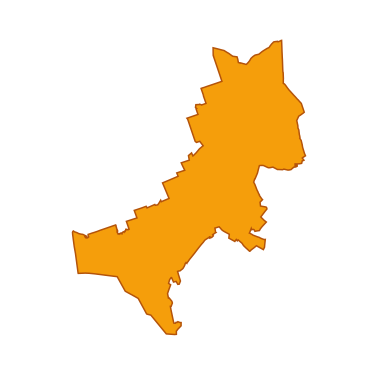 the district of Skrudalienas pag., Daugavpils, Latvia, rotated 71°
{"feature_id": "27541924B90123945749328", "entity_name": "Skrudalienas pag.", "entity_type": "district", "adm_level": 2, "iso_a3": "LVA", "parent_name": "Latvia", "parent_adm1": "Daugavpils", "projection": "orthographic", "projection_center": [26.749, 55.754], "detail": "fine", "context": "isolated", "style": "filled", "palette": "amber", "viewbox_px": 384, "rotation_deg": 71, "n_neighbors": 0, "source": "geoboundaries", "source_scale": "gbopen_adm2", "svg_char_len": 5741}
<svg xmlns="http://www.w3.org/2000/svg" viewBox="0 0 384 384"><g transform="rotate(71 192 192)"><path d="M77.8,57.9L77.7,58.4L77.9,59.0L78.0,61.8L77.2,62.4L77.3,62.8L77.2,63.4L77.0,63.9L76.9,64.4L76.7,65.7L76.8,66.2L77.4,67.3L78.0,68.6L79.1,70.2L79.6,71.0L80.0,71.4L80.3,71.9L80.5,72.3L80.7,74.3L81.6,78.2L81.9,79.4L82.2,80.4L83.1,82.8L83.5,83.9L83.1,87.8L83.7,90.0L84.0,90.8L84.9,92.8L86.6,94.7L87.6,96.3L87.9,96.8L88.9,98.8L89.0,99.3L88.0,100.7L87.9,100.8L87.3,101.8L85.7,104.1L85.8,104.4L85.7,104.4L84.7,106.0L81.3,105.5L78.9,105.4L76.9,109.3L74.1,111.3L72.9,112.1L71.1,113.7L70.2,114.4L68.7,115.6L67.0,118.2L64.4,122.1L62.5,125.1L69.5,127.4L70.4,127.4L70.4,127.5L89.4,127.6L97.1,127.7L97.1,134.6L97.0,149.7L103.8,149.7L104.4,149.8L104.9,149.9L112.8,149.9L112.8,154.7L112.6,154.8L112.3,155.1L112.0,155.5L111.5,156.2L111.7,156.4L110.7,159.9L113.2,161.2L114.6,160.4L114.8,161.1L120.6,161.1L120.6,172.8L121.8,172.4L124.2,172.4L141.3,172.5L145.2,172.5L146.6,171.6L146.6,168.2L151.9,166.4L153.6,170.9L156.3,175.3L157.7,178.2L158.2,179.4L154.9,179.7L156.4,183.5L158.4,183.8L161.0,184.2L160.9,192.7L164.2,192.4L169.1,191.8L169.0,200.2L172.6,200.0L172.7,201.1L173.3,209.4L173.8,216.9L180.9,216.4L190.6,215.8L191.2,224.2L189.6,224.3L191.7,226.8L193.0,228.6L192.9,228.8L192.8,230.0L192.6,231.0L191.7,231.2L192.4,239.7L190.6,240.0L190.7,245.1L190.6,252.6L198.6,252.5L198.4,263.6L206.6,263.6L206.5,264.3L206.9,264.9L206.2,265.7L205.8,266.3L205.7,266.7L206.7,267.1L206.7,267.5L206.8,267.7L207.4,267.9L207.6,268.2L207.3,268.6L207.9,269.2L207.3,269.5L207.4,270.5L208.0,271.3L208.8,271.8L208.6,272.1L208.1,272.3L207.7,272.1L207.6,272.4L207.7,273.1L208.3,274.0L208.1,274.1L207.7,274.2L207.6,274.4L207.8,275.5L206.7,275.7L206.0,275.7L205.5,275.6L205.3,275.9L204.7,275.5L204.6,275.0L204.2,275.2L203.6,275.0L203.3,275.4L202.7,275.1L201.8,275.1L200.9,275.0L199.9,275.1L199.5,274.8L198.3,274.9L198.3,278.7L198.3,279.5L198.3,291.4L198.4,294.1L198.4,297.3L198.3,300.2L198.3,304.0L198.5,304.0L199.0,304.3L199.5,304.4L200.8,304.3L201.3,305.4L201.3,306.1L200.9,307.2L200.2,307.6L198.9,307.8L198.7,307.5L198.9,307.3L199.0,307.1L199.3,306.9L199.4,306.6L199.5,306.5L199.7,306.4L199.9,306.5L200.1,306.5L200.1,306.3L200.0,306.2L199.8,306.1L199.0,306.5L198.5,307.1L197.0,308.5L196.8,308.7L196.2,309.6L196.0,310.1L195.5,311.0L194.3,312.8L193.8,313.2L193.2,313.8L192.1,315.1L191.4,316.1L190.8,316.5L190.3,316.7L190.4,317.4L191.2,318.1L193.4,318.7L195.9,319.2L197.3,319.5L205.2,321.1L212.2,322.2L231.6,326.1L231.9,326.1L234.1,318.8L234.3,318.4L235.4,315.6L237.8,310.4L240.7,304.5L241.2,303.5L242.1,301.7L247.7,290.3L264.1,287.4L272.7,279.6L275.1,277.5L284.1,276.0L290.7,274.9L292.5,274.6L292.9,274.2L295.0,271.0L317.8,262.5L321.1,254.8L321.5,253.1L318.5,252.1L317.1,250.0L315.0,245.9L311.9,244.8L311.4,246.0L310.0,247.6L310.5,248.7L310.0,249.4L310.7,250.5L310.0,251.9L294.7,250.0L294.7,249.9L293.1,249.7L293.3,248.9L290.6,246.7L288.8,246.6L284.7,248.1L284.6,248.8L280.1,248.2L277.2,246.0L272.8,242.4L270.8,243.9L267.6,241.7L266.1,239.6L266.3,239.2L271.1,238.8L271.4,236.1L274.7,235.5L275.0,234.1L272.4,231.9L266.1,231.7L262.4,231.5L262.4,230.0L262.6,229.2L262.6,228.7L262.2,227.7L262.0,227.4L261.8,226.5L261.6,225.9L261.3,225.4L261.0,225.0L260.4,224.3L259.3,223.1L258.5,222.4L257.4,221.7L257.1,221.0L256.8,220.6L257.8,220.1L257.2,219.6L256.5,218.4L255.0,216.4L250.7,209.5L249.6,207.9L247.2,204.3L244.8,200.5L244.1,199.3L243.2,197.7L242.0,196.0L241.7,195.5L241.3,194.2L240.8,192.1L240.8,191.9L240.7,191.4L240.6,190.9L241.2,190.5L241.5,190.2L241.3,190.0L241.2,189.8L241.2,189.5L240.1,189.8L240.1,189.6L241.2,189.4L241.3,189.0L241.4,188.3L240.8,186.9L240.4,186.1L239.1,186.4L238.9,185.9L239.0,185.5L238.7,184.9L238.5,184.4L238.1,182.5L237.7,182.8L235.0,182.3L233.6,182.1L233.7,178.2L233.7,177.7L236.2,176.6L236.7,176.5L237.2,176.3L238.5,175.5L240.0,174.3L244.1,170.5L247.6,172.2L252.7,167.6L251.3,165.6L252.9,165.1L252.7,164.8L252.3,164.0L256.4,161.6L256.7,161.4L259.5,160.7L262.1,159.4L263.9,158.4L266.7,156.9L266.8,156.7L266.7,156.6L266.7,156.2L266.6,155.9L266.1,155.1L264.7,150.9L263.8,148.6L269.7,143.3L267.8,141.4L265.5,140.4L260.8,138.2L260.8,138.5L260.4,139.0L260.4,139.3L259.8,140.0L259.5,140.5L259.1,140.9L258.3,141.8L258.1,142.0L257.9,142.3L257.5,142.6L257.1,142.9L256.3,143.8L256.1,144.2L255.7,144.7L252.5,148.5L251.6,149.1L249.5,151.1L249.4,150.9L245.7,147.8L247.1,147.8L247.2,146.4L247.8,145.6L249.7,145.3L249.9,143.6L250.4,140.8L249.1,139.4L248.4,138.3L247.5,136.9L244.6,131.5L242.1,133.1L238.0,135.1L237.0,133.6L234.1,129.3L232.5,126.7L231.4,126.5L230.4,126.8L229.5,128.3L227.6,131.8L223.8,131.0L222.2,127.8L221.1,128.3L217.2,129.4L216.8,129.2L214.4,129.6L213.3,129.6L211.2,129.9L205.3,130.1L202.8,130.5L200.1,128.5L200.2,128.2L195.5,124.0L193.5,122.7L193.0,122.4L189.0,119.7L189.1,119.1L189.3,118.3L189.9,116.5L190.1,116.1L190.4,115.6L193.3,112.6L193.9,111.9L194.0,111.7L194.4,110.4L194.5,109.6L194.8,107.4L198.2,104.2L198.5,104.0L198.5,103.9L200.4,99.1L200.3,97.7L202.6,94.0L202.6,93.7L202.9,92.6L202.8,92.3L202.9,92.0L203.1,91.3L203.0,91.0L201.7,87.7L202.1,85.7L201.8,84.1L201.0,83.9L200.6,85.9L199.0,85.4L200.0,82.3L200.4,80.8L200.6,79.0L198.4,77.6L198.5,76.7L198.4,75.8L195.8,76.7L195.6,76.3L194.7,72.9L192.2,73.1L186.6,72.9L185.4,72.8L183.1,72.4L178.8,72.0L176.2,72.6L175.8,72.2L174.1,71.9L172.7,71.8L168.1,70.8L166.1,71.0L163.6,70.3L158.5,69.7L157.7,68.9L156.3,67.6L155.3,66.6L155.2,66.5L155.0,66.2L154.7,64.8L153.6,61.1L153.1,59.9L143.9,59.8L142.3,60.4L141.7,60.8L139.7,61.5L138.9,62.0L137.7,62.5L136.2,63.1L133.1,64.5L127.2,67.0L124.3,68.0L121.5,68.8L120.0,69.4L119.0,70.3L115.3,69.0L114.6,68.7L109.0,67.0L108.3,66.9L108.1,67.0L105.7,66.3L99.5,64.4L95.5,63.2L95.4,63.2L88.6,61.2L77.8,57.9Z" fill="#f59e0b" stroke="#b45309" stroke-width="1.5"/></g></svg>